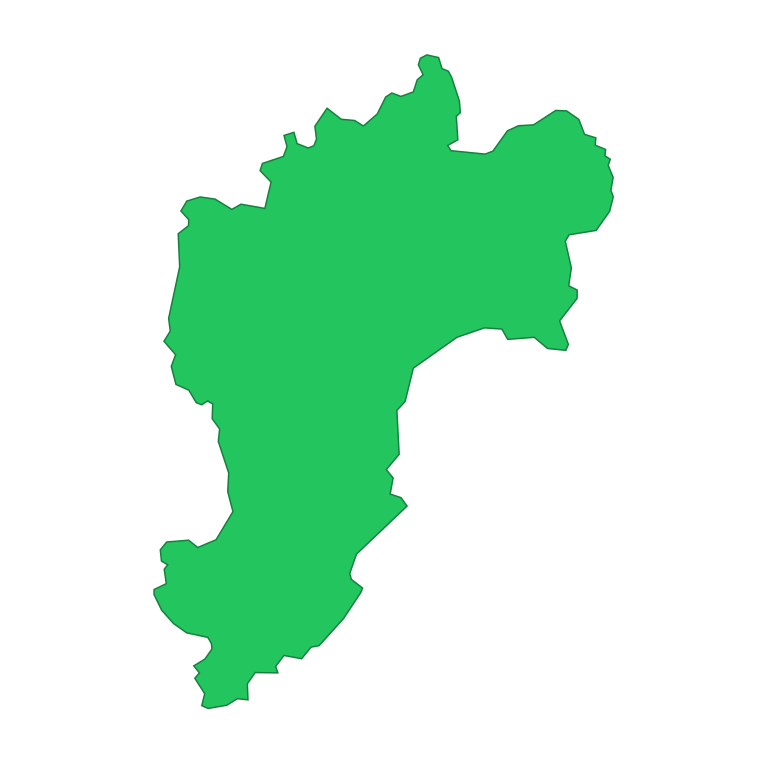 the district of Muniz Freire, Espírito Santo, Brazil, rotated 182°
{"feature_id": "56859067B51669196244688", "entity_name": "Muniz Freire", "entity_type": "district", "adm_level": 2, "iso_a3": "BRA", "parent_name": "Brazil", "parent_adm1": "Espírito Santo", "projection": "mercator", "projection_center": [-41.436, -20.403], "detail": "medium", "context": "isolated", "style": "filled", "palette": "green", "viewbox_px": 768, "rotation_deg": 182, "n_neighbors": 0, "source": "geoboundaries", "source_scale": "gbopen_adm2", "svg_char_len": 1958}
<svg xmlns="http://www.w3.org/2000/svg" viewBox="0 0 768 768"><g transform="rotate(182 384 384)"><path d="M450.5,657.6L462.1,639.2L460.0,626.4L462.4,619.7L467.9,617.2L479.2,621.2L482.8,632.4L492.6,628.9L489.2,617.8L492.5,607.9L513.2,600.2L515.3,592.9L503.9,581.9L509.2,555.3L533.2,558.7L542.2,553.2L559.3,562.9L574.3,564.5L587.5,559.9L593.0,549.8L584.9,541.4L584.9,535.4L594.9,527.0L592.3,494.0L601.5,442.2L599.5,429.4L605.4,419.0L593.3,406.0L597.2,394.1L591.9,376.3L578.8,371.0L571.0,358.8L565.4,356.9L559.8,360.9L554.5,358.1L554.5,343.3L546.7,333.3L547.6,320.8L536.1,289.7L536.4,270.9L530.5,251.2L546.4,222.5L564.5,214.1L573.8,221.1L595.7,218.5L601.8,210.4L600.2,199.2L593.9,195.8L597.2,191.2L594.6,176.9L606.6,170.6L606.5,165.6L598.3,150.2L585.9,137.2L572.5,128.4L551.2,124.6L547.4,118.5L546.7,113.2L553.4,102.8L564.3,95.7L558.4,88.9L562.8,83.3L552.4,68.3L554.9,56.2L548.4,53.6L529.8,57.5L519.6,64.4L508.9,63.6L510.1,79.6L502.7,91.1L480.0,91.6L482.4,98.0L474.5,109.2L456.7,106.6L447.7,118.5L439.8,120.2L416.3,148.1L399.9,174.8L398.3,179.3L409.8,187.6L411.6,193.4L405.6,213.0L356.7,262.8L362.9,270.9L374.0,274.2L371.6,290.4L378.7,298.5L366.4,314.3L370.2,358.1L362.3,367.2L355.2,400.9L312.6,433.3L285.6,443.6L268.1,443.0L261.9,432.9L235.5,435.9L221.8,425.2L203.5,424.0L201.1,430.0L210.7,453.2L194.0,476.3L194.2,484.6L202.8,488.6L200.8,506.7L207.8,533.0L204.2,539.6L177.3,544.9L164.5,564.5L161.4,579.2L164.0,585.5L162.2,598.5L167.6,610.4L165.7,616.5L171.1,619.7L170.7,626.1L181.3,630.1L180.9,637.4L192.3,640.5L198.5,655.2L211.0,663.3L221.9,663.4L243.6,648.2L258.6,646.8L269.5,641.3L283.3,620.5L291.1,617.3L325.1,619.5L328.7,624.6L318.7,630.6L321.1,654.0L317.2,657.8L318.5,669.3L327.0,692.6L330.6,698.9L337.0,701.2L340.8,712.1L352.6,714.4L359.0,710.9L360.8,704.2L355.7,694.4L361.4,689.2L364.9,676.9L377.2,672.0L386.3,675.1L392.3,670.9L400.2,653.6L413.6,641.1L422.5,646.3L436.0,647.1L450.5,657.6Z" fill="#22c55e" stroke="#15803d" stroke-width="1.5"/></g></svg>